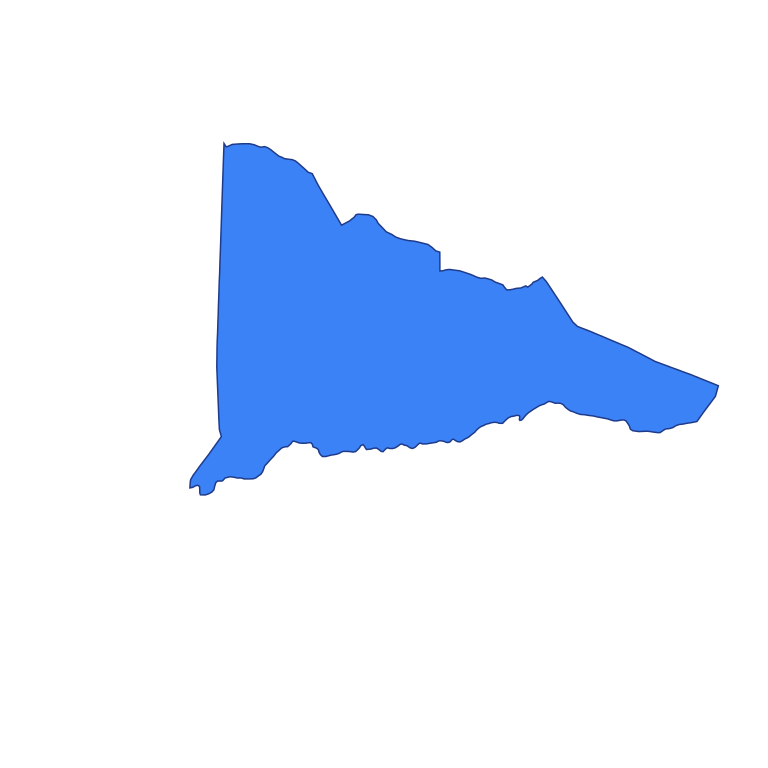 outline of Astacinga, Puebla, Mexico, rotated 37°
{"feature_id": "50627088B26484919164415", "entity_name": "Astacinga", "entity_type": "district", "adm_level": 2, "iso_a3": "MEX", "parent_name": "Mexico", "parent_adm1": "Puebla", "projection": "mercator", "projection_center": [-97.094, 18.555], "detail": "fine", "context": "isolated", "style": "filled", "palette": "blue", "viewbox_px": 768, "rotation_deg": 37, "n_neighbors": 0, "source": "geoboundaries", "source_scale": "gbopen_adm2", "svg_char_len": 4394}
<svg xmlns="http://www.w3.org/2000/svg" viewBox="0 0 768 768"><g transform="rotate(37 384 384)"><path d="M291.5,583.8L293.4,581.7L294.7,578.8L296.2,576.9L298.4,576.9L299.7,578.4L301.4,580.5L302.6,582.0L304.1,583.0L308.1,580.1L310.2,577.0L311.6,573.8L311.8,570.9L310.8,568.7L309.7,565.9L309.0,563.9L309.6,561.5L312.3,559.6L313.3,558.5L313.7,554.6L317.0,550.6L320.8,548.5L323.0,547.6L326.8,544.8L329.2,544.1L332.6,541.6L336.6,538.4L338.3,535.8L339.0,533.0L340.0,530.1L339.8,527.0L339.1,524.5L338.0,521.0L338.4,517.7L338.8,512.8L339.3,508.4L339.4,503.5L340.1,500.3L340.7,496.8L342.5,494.0L344.8,492.0L345.6,487.8L345.5,485.5L345.8,484.2L348.5,483.1L351.8,482.1L354.8,480.2L357.3,478.2L359.0,476.4L360.9,474.9L363.1,475.3L365.1,476.9L367.8,476.1L369.6,475.8L371.2,476.0L373.5,477.8L375.8,478.7L378.4,479.0L381.1,477.0L384.8,472.3L386.5,470.7L388.6,468.3L390.1,466.1L390.8,464.1L392.1,462.3L394.3,460.6L397.4,458.5L400.1,457.1L402.0,455.1L402.5,452.5L402.8,449.7L402.5,447.3L403.8,445.0L405.9,445.5L407.7,446.3L409.4,446.9L413.2,443.3L414.3,441.5L416.7,439.6L420.0,439.4L422.1,439.6L424.0,438.6L424.3,435.4L425.0,433.0L427.4,432.0L429.6,430.5L431.4,428.2L432.7,424.6L433.2,422.5L434.6,421.0L436.9,420.7L439.2,419.5L440.9,419.4L443.5,419.2L445.6,418.3L446.9,415.9L447.3,413.5L447.7,410.9L448.4,409.5L451.0,408.6L453.9,406.3L455.9,404.2L459.0,401.0L460.9,399.0L461.6,397.3L462.7,395.7L464.9,394.4L466.9,393.6L468.8,393.1L470.3,392.3L471.5,390.6L471.7,389.6L471.7,387.9L472.1,386.8L472.9,386.2L475.1,386.2L477.6,385.7L479.6,384.5L480.9,381.7L481.6,379.4L482.8,377.2L483.7,375.0L484.1,373.0L484.8,370.4L485.5,367.9L485.6,365.6L486.2,362.1L487.0,359.8L488.7,356.9L489.7,354.7L491.2,352.9L493.0,350.4L495.1,348.2L497.8,346.5L499.3,346.2L500.7,345.3L502.4,344.0L502.7,341.1L503.3,337.8L503.8,335.8L505.2,333.4L507.4,331.1L508.7,329.3L510.3,328.2L511.4,327.9L512.3,328.7L513.0,330.1L513.4,330.8L514.5,331.3L515.5,330.0L515.9,328.1L515.9,325.2L516.2,322.4L516.7,319.8L517.6,317.2L518.5,314.4L521.1,308.0L522.5,305.6L523.9,303.8L525.2,300.6L526.2,298.6L528.7,297.4L532.2,296.4L534.9,294.2L537.2,293.0L539.0,292.7L540.6,292.8L542.8,293.4L546.5,293.5L549.1,293.3L552.1,292.2L555.2,291.5L559.2,290.1L562.7,287.8L566.6,285.8L570.5,283.5L574.4,281.8L578.2,279.9L583.3,277.4L587.4,276.0L590.1,274.9L592.6,272.9L594.9,270.3L597.1,268.4L599.2,267.8L602.2,268.7L605.1,269.8L608.0,271.8L610.8,271.6L616.2,268.6L619.2,266.1L622.6,263.3L625.7,261.5L628.6,260.0L632.4,257.8L633.8,256.5L634.5,254.3L635.3,252.0L636.0,250.4L638.9,247.7L640.9,245.0L642.3,241.4L644.2,238.6L646.9,236.1L648.1,234.7L650.4,232.2L652.8,229.8L655.2,227.1L656.5,225.6L656.2,214.9L656.1,194.4L652.1,184.2L645.5,185.9L638.2,187.9L631.9,189.6L623.6,191.8L614.4,194.6L603.1,198.0L590.3,201.8L587.1,202.8L572.9,205.1L564.2,206.6L556.9,207.8L549.9,209.6L540.0,212.1L532.7,213.9L523.7,216.2L517.6,217.7L503.9,221.6L497.5,220.9L486.6,216.9L478.9,214.1L471.4,211.4L466.0,209.5L460.5,207.5L452.0,204.5L446.1,203.3L445.2,205.5L444.3,209.0L441.9,213.0L442.0,214.8L441.3,217.7L440.8,219.1L440.4,220.2L438.2,220.3L436.1,223.9L435.7,224.8L432.1,228.0L429.8,230.9L427.5,233.3L425.4,235.0L421.6,234.1L419.3,233.3L416.5,234.1L411.4,235.7L407.3,236.1L402.0,238.1L400.7,238.7L397.9,241.2L397.5,241.5L396.7,241.7L393.9,242.8L387.7,244.2L381.7,246.2L376.2,248.1L371.3,250.9L367.5,253.0L364.8,255.5L362.8,258.2L360.6,260.1L356.0,254.0L349.2,245.1L345.4,246.5L339.8,246.0L335.2,246.1L330.6,248.0L326.9,249.6L322.4,251.6L316.9,254.9L313.0,256.7L309.5,258.2L304.9,259.6L300.7,259.8L294.2,261.1L288.4,260.1L282.6,259.2L279.3,257.6L274.4,256.9L269.7,258.2L267.1,260.0L264.4,261.8L261.3,263.8L259.8,265.5L259.8,269.1L258.9,272.0L258.4,274.4L256.7,278.0L254.5,282.7L244.0,278.3L232.6,273.5L223.3,269.7L211.9,264.9L200.1,259.2L196.0,260.5L190.2,259.9L185.3,259.5L181.4,259.2L178.9,259.2L175.6,260.1L172.9,261.7L168.7,264.0L166.3,264.3L163.0,265.3L157.8,265.2L152.5,265.0L148.8,265.3L145.7,266.3L143.6,268.6L141.5,269.7L136.2,271.1L131.9,273.1L126.0,277.6L122.0,281.0L118.6,284.0L116.6,287.7L115.2,289.6L111.5,288.2L121.4,302.4L140.0,328.9L172.4,375.0L178.6,383.9L185.8,394.1L191.5,402.4L197.1,410.3L204.5,420.9L210.4,429.2L213.8,434.1L220.1,443.0L224.4,449.3L228.8,455.5L233.9,462.4L240.1,470.9L273.8,512.1L279.9,519.4L285.8,523.9L286.4,546.5L286.3,560.0L286.5,567.8L286.5,571.6L287.1,576.6L288.1,578.6L291.5,583.8Z" fill="#3b82f6" stroke="#1e3a8a" stroke-width="1.5"/></g></svg>